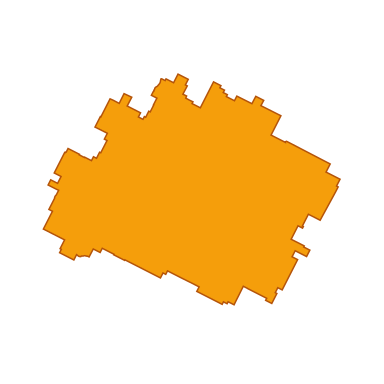 Upper Gascoyne, Western Australia, Australia (Mercator projection), rotated 27°
{"feature_id": "25037944B28786779473224", "entity_name": "Upper Gascoyne", "entity_type": "district", "adm_level": 2, "iso_a3": "AUS", "parent_name": "Australia", "parent_adm1": "Western Australia", "projection": "mercator", "projection_center": [116.107, -24.719], "detail": "fine", "context": "isolated", "style": "filled", "palette": "amber", "viewbox_px": 384, "rotation_deg": 27, "n_neighbors": 0, "source": "geoboundaries", "source_scale": "gbopen_adm2", "svg_char_len": 3905}
<svg xmlns="http://www.w3.org/2000/svg" viewBox="0 0 384 384"><g transform="rotate(27 192 192)"><path d="M129.0,93.3L126.0,93.3L126.0,103.0L120.3,103.0L117.5,103.0L117.5,104.9L115.8,104.9L113.6,104.9L113.0,105.3L113.1,105.8L113.2,106.3L113.6,107.8L113.8,108.3L113.9,108.9L113.9,109.4L113.8,110.2L113.8,110.4L113.8,110.6L113.7,110.9L113.7,111.0L113.6,111.4L113.5,111.7L113.5,112.0L113.4,112.1L113.2,113.2L112.9,113.9L112.8,114.1L112.4,114.4L112.3,114.8L112.0,115.3L111.9,115.6L111.9,115.8L111.7,116.4L111.8,116.7L112.0,117.1L112.0,117.4L112.0,117.5L111.9,118.0L111.9,118.5L111.9,118.8L112.2,119.0L112.2,119.6L112.0,119.8L111.9,120.1L111.9,124.3L118.1,124.3L118.1,125.0L118.1,131.9L118.4,131.9L118.4,139.6L116.8,139.6L116.8,146.4L115.3,146.4L115.3,149.5L114.5,149.5L111.5,149.5L110.2,149.5L110.2,144.8L95.2,144.8L95.3,134.9L86.8,135.2L86.9,146.1L80.1,146.0L76.7,146.2L76.7,166.6L76.1,166.5L76.1,178.2L89.6,178.1L89.9,178.1L89.9,184.7L92.9,184.7L92.9,198.5L91.6,198.5L91.6,205.3L88.2,205.3L88.2,209.7L80.5,209.7L80.5,210.1L78.7,210.1L76.6,210.1L74.6,210.1L74.6,209.5L73.4,209.5L72.2,209.5L66.1,209.5L61.8,209.5L61.8,213.4L61.6,213.4L61.5,213.5L61.4,213.6L61.4,214.0L61.3,214.3L60.9,214.3L60.9,214.7L60.6,214.7L60.6,214.9L60.6,217.9L60.6,218.2L60.6,222.7L60.6,227.8L60.6,233.3L60.6,237.6L68.3,237.6L68.3,243.3L68.3,245.3L60.6,245.3L60.6,251.1L69.7,251.1L72.4,251.0L72.4,256.2L72.0,257.4L72.0,259.1L72.4,259.9L72.4,266.9L72.4,271.3L72.4,271.5L72.4,272.5L76.4,272.5L76.4,292.5L100.2,292.5L100.2,302.4L101.6,302.4L101.6,306.2L117.6,306.2L117.6,300.2L119.9,300.7L120.5,300.7L121.0,300.6L121.5,300.4L121.8,300.2L122.2,300.1L122.2,299.9L122.4,299.6L122.5,299.4L122.8,299.1L123.3,298.9L123.7,298.7L124.1,298.4L124.5,298.2L125.0,297.6L125.6,297.3L126.2,297.3L126.8,297.0L127.3,297.0L127.8,296.7L128.4,296.6L129.8,296.6L129.9,287.6L137.6,287.6L137.6,282.9L142.5,282.9L146.7,282.9L150.8,282.9L150.8,283.5L158.7,283.5L160.3,283.5L161.8,283.5L162.2,283.5L163.0,283.5L163.0,282.9L165.3,282.9L167.3,282.9L169.0,282.9L170.7,282.9L172.8,282.9L174.5,282.9L177.4,282.9L183.8,282.9L190.6,282.9L196.5,282.9L198.7,282.9L202.9,282.9L202.9,277.3L206.0,277.3L206.0,273.4L216.1,273.4L218.2,273.4L219.4,273.4L221.0,273.4L223.0,273.4L231.4,273.3L241.4,273.3L241.4,278.4L249.1,278.4L260.3,278.4L265.1,278.4L266.2,278.4L267.8,278.4L269.9,278.4L269.9,275.6L271.1,275.6L271.9,275.6L273.2,275.6L274.0,275.6L274.0,273.4L275.7,273.4L277.3,273.4L279.0,273.4L280.7,273.4L280.6,268.0L280.6,266.5L280.6,263.7L280.5,252.7L281.0,252.7L282.2,252.7L282.7,252.7L283.1,252.7L283.9,252.7L284.4,252.7L284.8,252.7L285.6,252.8L287.7,252.8L288.2,252.8L288.6,252.8L289.9,252.8L290.3,252.8L291.6,252.8L292.4,252.8L293.2,252.8L295.8,252.8L297.9,252.8L298.8,252.8L300.5,252.8L301.3,252.8L302.6,252.8L304.3,252.8L305.1,252.8L306.8,252.8L306.8,255.1L313.7,255.1L313.7,243.9L312.2,243.9L311.9,243.9L311.9,238.3L316.8,238.3L316.8,237.9L316.8,229.9L316.8,229.5L316.8,223.7L316.8,204.3L310.6,204.3L310.6,197.5L323.4,197.5L323.4,190.3L316.5,190.3L316.5,189.1L301.8,189.1L301.8,183.2L301.8,174.0L306.9,174.0L306.9,172.2L305.8,172.2L305.8,170.5L305.8,159.0L319.0,159.0L319.2,151.8L319.8,130.3L319.9,126.1L319.9,123.2L319.9,121.1L318.1,121.1L318.1,113.4L316.7,113.4L310.0,113.4L305.8,113.4L302.4,113.4L302.4,104.3L253.3,103.9L253.2,103.9L252.9,104.3L252.7,104.5L252.3,104.8L252.3,105.0L252.6,105.4L251.0,105.4L249.2,105.4L248.8,105.4L245.4,105.4L243.7,105.4L241.6,105.4L236.6,105.4L236.6,83.7L214.2,83.8L214.3,77.8L213.4,77.8L208.8,77.8L205.9,77.8L205.4,77.8L205.3,86.1L188.4,86.2L188.4,87.3L188.4,91.4L183.0,91.4L179.3,91.4L179.3,89.2L177.6,89.2L174.7,89.2L174.7,86.5L169.5,86.5L169.5,84.1L164.9,84.1L161.2,84.1L161.2,91.6L161.2,96.2L161.2,113.2L157.0,113.2L151.9,113.2L151.9,111.2L148.6,111.3L143.8,111.2L143.6,108.9L139.5,109.0L139.6,99.6L137.5,99.6L137.5,95.2L137.5,93.3L135.5,93.3L132.3,93.3L129.0,93.3Z" fill="#f59e0b" stroke="#b45309" stroke-width="1.5"/></g></svg>